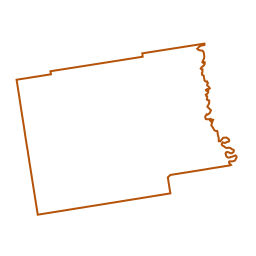 the district of Tripp, South Dakota, United States of America, rotated 81°
{"feature_id": "52423323B24567784344000", "entity_name": "Tripp", "entity_type": "district", "adm_level": 2, "iso_a3": "USA", "parent_name": "United States of America", "parent_adm1": "South Dakota", "projection": "equal_earth", "projection_center": [-99.824, 43.382], "detail": "fine", "context": "isolated", "style": "outline", "palette": "amber", "viewbox_px": 256, "rotation_deg": 81, "n_neighbors": 0, "source": "geoboundaries", "source_scale": "gbopen_adm2", "svg_char_len": 3018}
<svg xmlns="http://www.w3.org/2000/svg" viewBox="0 0 256 256"><g transform="rotate(81 128 128)"><path d="M56.6,39.3L56.5,102.2L59.9,102.4L59.9,125.6L59.8,195.7L62.9,195.7L62.9,230.5L77.6,230.5L79.2,230.5L96.6,230.6L98.0,230.6L102.7,230.6L111.7,230.6L113.8,230.6L118.6,230.7L120.5,230.7L128.9,230.7L130.5,230.7L132.5,230.7L134.5,230.6L140.3,230.7L142.9,230.6L144.1,230.7L144.8,230.7L147.2,230.7L151.3,230.7L156.5,230.7L159.9,230.7L161.5,230.7L165.1,230.7L165.6,230.7L192.3,230.7L199.2,230.7L199.5,230.7L199.2,96.4L197.2,96.4L191.9,96.4L186.5,96.4L183.0,96.4L181.0,93.5L181.0,89.0L181.0,84.7L181.0,77.5L181.0,75.1L181.0,68.0L181.0,60.0L180.9,52.3L180.9,43.4L180.9,33.0L180.6,32.0L180.3,32.2L179.9,32.6L179.5,33.0L179.1,33.2L178.5,33.5L178.0,33.6L177.4,33.5L177.1,33.3L176.8,33.0L176.9,32.4L177.1,31.9L177.1,31.7L177.1,30.9L177.2,30.5L177.3,29.8L177.2,29.2L177.2,28.8L176.9,27.8L176.4,27.0L175.8,26.6L175.1,26.2L174.2,25.4L173.7,25.3L173.1,25.3L172.6,25.6L172.2,25.8L171.9,26.1L171.9,26.7L172.1,27.3L172.2,27.6L172.4,28.1L172.4,28.7L172.5,29.3L172.6,29.6L172.7,30.1L172.7,31.3L173.0,31.8L173.0,32.6L173.0,33.3L172.9,33.8L172.5,34.2L172.2,34.6L171.9,34.9L171.6,35.1L171.2,35.3L170.5,35.5L169.0,35.5L168.3,35.6L168.0,35.4L167.8,35.1L167.4,34.8L167.2,34.1L167.3,33.4L167.5,32.9L167.8,32.4L168.0,32.1L168.3,31.8L168.4,31.6L168.6,31.2L168.8,30.7L169.0,30.4L169.1,30.0L169.1,29.6L169.0,29.2L168.9,28.7L168.6,28.2L168.4,27.8L168.0,27.4L167.4,27.2L166.9,26.9L166.5,27.0L165.9,27.4L165.6,27.9L165.4,28.4L165.1,28.9L164.8,29.1L164.4,29.3L164.1,29.6L163.8,29.9L163.6,30.5L163.5,31.0L163.4,31.4L163.2,31.7L163.2,32.2L163.2,32.8L163.2,33.4L163.1,34.0L162.6,34.6L161.7,35.6L160.8,36.4L160.5,37.0L160.1,37.4L159.8,37.7L159.4,37.9L158.8,38.0L158.3,37.8L158.0,37.6L157.6,37.3L157.3,37.1L157.0,36.7L157.4,36.3L157.5,35.7L157.7,35.2L157.9,34.6L157.8,34.0L157.8,33.6L157.6,33.3L157.4,32.9L157.3,32.4L157.3,32.2L157.2,31.0L157.1,30.6L156.7,30.2L156.2,30.0L155.4,30.1L154.7,30.4L152.9,32.1L152.5,35.4L153.6,36.7L155.6,39.0L155.3,40.3L155.0,40.2L154.6,40.3L151.9,40.0L148.2,40.4L146.6,40.1L144.9,40.4L145.0,41.2L143.8,43.0L141.0,44.1L138.3,45.3L134.6,43.5L133.2,42.7L132.9,43.7L133.8,44.7L134.2,45.2L133.4,45.7L132.7,45.2L131.9,45.1L132.0,47.4L131.4,49.7L129.4,50.1L128.2,49.6L126.8,48.1L127.3,47.4L126.0,44.9L123.4,43.3L121.9,44.5L121.0,45.1L119.4,46.3L117.8,45.1L116.3,44.0L114.0,43.6L113.5,43.5L113.1,44.3L113.0,44.9L112.1,45.7L110.6,45.0L109.1,44.9L108.8,45.6L107.2,45.9L106.9,44.8L105.4,43.2L103.9,43.0L104.1,43.8L103.2,45.0L102.5,45.0L101.9,43.6L102.4,42.2L101.6,41.0L100.1,41.7L99.1,42.5L98.2,43.2L97.1,42.9L96.1,42.0L94.3,42.7L94.5,43.6L93.1,45.0L91.7,45.0L88.0,45.1L87.1,46.5L85.4,46.5L84.4,45.7L81.7,45.3L81.6,46.2L80.6,46.9L79.2,45.4L78.2,43.4L76.9,42.3L75.1,41.9L74.5,42.9L74.8,43.2L75.4,43.6L74.7,44.3L74.0,44.0L71.2,42.0L69.5,41.5L67.3,41.4L65.0,41.4L63.2,42.4L63.0,43.5L62.3,45.3L61.7,46.4L60.6,47.2L60.3,46.6L59.1,45.4L57.9,42.8L58.1,40.5L57.9,39.5L56.9,39.2L56.6,39.3Z" fill="none" stroke="#b45309" stroke-width="2"/></g></svg>